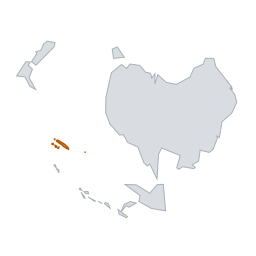 New Caledonia on a map of Oceania (orthographic projection), rotated 178°
{"feature_id": "NCL", "entity_name": "New Caledonia", "entity_type": "country or territory", "adm_level": 0, "iso_a3": "NCL", "parent_name": "Oceania", "parent_adm1": "", "projection": "orthographic", "projection_center": [166.029, -20.888], "detail": "fine", "context": "in_parent", "style": "filled", "palette": "amber", "viewbox_px": 256, "rotation_deg": 178, "n_neighbors": 5, "source": "natural_earth", "source_scale": "50m", "svg_char_len": 3437}
<svg xmlns="http://www.w3.org/2000/svg" viewBox="0 0 256 256"><g transform="rotate(178 128 128)"><path d="M93.3,43.9L107.4,46.8L119.8,54.3L118.2,59.9L132.8,71.6L121.7,70.9L108.6,62.1L100.8,70.3L94.7,70.5L93.3,43.9ZM139.9,42.4L140.7,46.8L131.7,39.4L132.8,38.4L139.9,42.4ZM134.6,51.8L128.2,54.4L122.5,52.6L129.8,48.8L132.5,50.4L137.8,44.6L134.6,51.8ZM148.7,48.5L154.1,53.1L153.5,54.3L150.5,53.3L148.7,48.5Z" fill="#d9dde1" stroke="#a8b0b8" stroke-width="1"/><path d="M200.9,90.9L203.4,93.3L202.1,93.9L200.9,90.9ZM201.1,90.2L198.6,88.7L198.5,85.5L201.1,90.2Z" fill="#d9dde1" stroke="#a8b0b8" stroke-width="1"/><path d="M178.9,68.2L178.0,69.8L176.4,67.3L178.9,68.2ZM174.6,59.5L177.2,65.5L173.2,59.5L174.6,59.5ZM174.4,65.9L170.2,65.8L169.6,63.5L172.4,64.0L174.4,65.9ZM163.9,55.8L170.4,60.5L163.2,56.2L163.9,55.8ZM158.8,54.8L160.4,56.1L156.2,53.2L158.8,54.8Z" fill="#d9dde1" stroke="#a8b0b8" stroke-width="1"/><path d="M237.6,183.9L227.7,197.7L223.4,197.4L225.6,194.2L221.4,190.2L225.1,181.8L219.0,169.8L224.6,173.1L229.2,182.7L237.6,183.9ZM199.1,211.7L217.8,194.0L222.1,197.6L216.6,205.3L217.5,207.3L212.5,208.6L209.5,214.9L205.6,217.6L197.9,215.9L199.1,211.7Z" fill="#d9dde1" stroke="#a8b0b8" stroke-width="1"/><path d="M129.2,198.8L140.0,198.1L141.0,207.4L135.9,209.4L129.2,198.8ZM64.2,176.8L60.1,185.4L50.8,189.1L48.2,195.0L39.9,194.5L38.0,186.1L22.5,164.8L24.2,166.0L22.0,162.7L24.9,164.5L20.2,157.8L18.4,149.8L23.7,139.4L33.8,131.0L37.0,115.3L40.1,117.3L38.7,115.7L43.6,103.8L47.7,100.8L56.7,103.3L58.6,92.4L65.1,89.0L62.1,86.1L63.9,85.1L74.7,87.4L78.8,84.9L80.7,86.6L76.8,98.7L95.2,106.8L98.4,100.6L100.8,76.0L107.5,91.3L109.8,89.4L113.2,92.4L118.8,108.6L128.8,113.5L132.8,121.4L136.7,121.3L145.9,132.6L149.8,144.3L149.0,159.3L142.7,183.8L132.4,191.6L127.3,187.6L123.8,191.9L114.0,190.1L108.6,183.2L103.6,181.9L102.4,177.0L99.2,181.3L99.6,171.2L96.3,180.3L88.3,172.3L78.1,169.9L64.2,176.8Z" fill="#d9dde1" stroke="#a8b0b8" stroke-width="1"/><path d="M188.7,109.3L189.2,109.6L189.7,109.5L190.3,109.9L191.8,111.1L192.4,111.4L192.7,111.5L192.9,111.7L193.2,112.0L193.4,112.2L193.6,112.4L193.6,112.7L193.7,112.8L194.2,113.2L194.6,113.6L195.0,113.8L195.2,114.0L195.4,114.1L195.7,114.3L196.1,114.5L197.1,115.2L197.8,115.8L198.2,116.2L198.6,116.5L199.1,116.8L199.6,117.1L199.8,117.8L199.7,118.1L199.4,118.2L199.2,118.2L198.9,118.3L198.1,117.8L197.9,117.8L197.7,117.8L197.6,117.7L197.0,117.4L196.6,117.1L196.5,116.9L196.4,116.7L195.6,116.3L195.2,116.1L194.9,115.8L194.4,115.5L193.6,115.1L193.3,114.9L192.9,114.7L192.0,113.9L191.7,113.7L191.4,113.3L190.6,112.5L190.2,112.1L189.8,111.8L189.5,111.4L189.2,111.0L188.6,110.3L188.6,110.0L188.6,109.8L188.4,109.6L188.2,109.5L188.1,109.3L188.1,109.0L188.2,108.9L188.7,109.3ZM201.4,113.2L201.2,113.2L200.9,112.9L200.4,112.7L200.1,112.5L200.0,112.2L200.3,112.1L200.6,111.7L200.4,111.5L200.0,111.5L200.1,111.3L200.7,111.1L200.9,111.2L201.0,111.4L201.0,112.0L201.3,112.3L201.6,112.7L201.6,112.9L201.4,113.2ZM203.8,114.3L204.0,114.4L204.3,114.4L204.3,115.1L203.8,115.2L203.6,115.2L203.3,115.0L203.3,114.7L203.1,114.2L203.5,114.1L203.8,114.2L203.8,114.3ZM198.1,111.2L197.9,111.2L198.1,110.9L198.1,110.6L198.2,110.1L198.4,110.0L198.6,110.1L198.4,110.3L198.3,110.5L198.4,110.8L198.2,111.0L198.1,111.2ZM201.9,119.4L201.8,119.5L201.7,119.5L201.5,119.4L201.6,119.0L201.9,119.2L201.9,119.4ZM171.7,105.8L171.6,105.2L171.7,104.9L171.8,105.5L171.7,105.8Z" fill="#f59e0b" stroke="#b45309" stroke-width="1.5"/></g></svg>